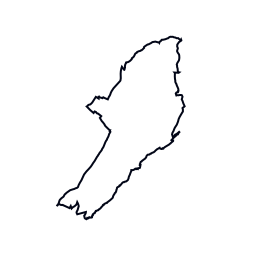 Poroina Mare, Mehedinti, Romania (Robinson projection), rotated 120°
{"feature_id": "2599482B87873666388407", "entity_name": "Poroina Mare", "entity_type": "district", "adm_level": 2, "iso_a3": "ROU", "parent_name": "Romania", "parent_adm1": "Mehedinti", "projection": "robinson", "projection_center": [22.974, 44.493], "detail": "fine", "context": "isolated", "style": "outline", "palette": "ink", "viewbox_px": 256, "rotation_deg": 120, "n_neighbors": 0, "source": "geoboundaries", "source_scale": "gbopen_adm2", "svg_char_len": 5792}
<svg xmlns="http://www.w3.org/2000/svg" viewBox="0 0 256 256"><g transform="rotate(120 128 128)"><path d="M130.0,174.5L131.4,169.6L132.2,165.3L131.1,165.3L130.3,165.1L130.3,164.0L130.2,163.8L130.5,163.2L130.8,161.9L130.5,161.2L130.8,159.0L130.9,158.3L131.1,157.1L133.3,157.4L133.5,156.9L133.9,156.4L135.2,154.0L135.6,152.6L136.7,150.0L136.9,149.7L137.2,149.5L137.6,148.6L138.4,145.6L139.0,143.1L139.3,142.5L139.2,142.4L139.7,142.3L139.6,142.0L139.9,141.5L140.2,141.3L142.7,141.3L144.8,140.8L146.1,140.7L147.6,140.7L148.7,140.4L149.7,140.6L151.7,140.5L156.6,139.8L159.5,139.9L160.3,139.7L164.2,140.2L165.5,140.1L166.1,140.3L167.1,140.2L168.3,140.4L173.2,140.4L176.2,140.7L177.5,140.7L180.1,140.9L183.1,141.5L186.5,142.3L190.2,142.8L196.7,142.2L199.1,142.3L201.9,142.2L204.2,141.8L205.3,142.2L206.6,143.4L207.5,143.9L208.6,145.0L210.8,147.0L215.0,148.9L216.3,149.2L216.8,149.5L217.5,149.6L219.6,149.5L220.4,149.8L222.0,150.5L224.3,151.1L225.3,151.0L227.9,150.4L229.5,150.4L230.6,150.7L231.2,150.6L228.2,149.9L228.3,148.1L227.8,146.8L227.4,146.4L227.2,145.6L227.2,145.4L227.3,145.4L227.2,144.7L226.6,138.6L225.9,138.6L224.2,138.6L225.9,136.6L224.0,136.1L222.6,135.2L221.3,134.8L220.6,134.5L219.3,134.5L217.6,134.9L218.5,133.5L219.6,132.3L220.3,131.6L224.4,130.6L226.0,130.6L227.1,130.2L228.1,128.8L221.8,122.5L222.7,122.1L224.5,121.9L225.8,122.1L226.1,121.9L227.6,120.5L227.8,120.0L227.7,119.5L227.8,119.2L227.8,118.5L227.5,118.4L227.3,118.4L227.1,118.6L226.8,118.2L226.2,118.3L226.1,117.7L226.4,117.5L225.9,117.1L225.7,117.2L225.5,117.4L224.9,117.1L225.1,116.8L224.5,116.3L224.4,115.8L224.1,115.3L223.9,115.0L223.7,115.0L223.6,114.6L223.4,114.5L223.1,114.6L222.5,115.0L222.2,115.0L221.9,115.1L221.8,114.9L221.0,114.8L220.7,115.2L220.3,115.3L220.0,115.2L219.7,115.0L219.2,114.9L218.7,114.7L218.5,114.3L217.7,114.2L217.5,114.4L215.9,114.4L215.6,113.8L215.0,113.6L214.4,113.2L214.0,112.6L212.9,112.5L212.3,112.1L211.6,111.8L210.3,111.5L209.7,111.5L208.9,111.2L207.5,111.0L207.2,110.8L207.0,111.1L206.8,111.0L206.6,110.6L205.4,110.5L204.5,109.7L203.5,109.2L203.4,108.8L203.1,108.7L202.9,108.7L202.6,108.7L199.5,107.4L196.4,106.4L195.7,106.4L194.5,106.8L193.8,106.8L193.1,106.9L192.7,106.8L192.2,106.7L191.5,106.9L190.7,106.8L190.2,106.5L189.5,106.5L189.1,106.7L188.2,106.7L187.5,107.1L187.1,107.1L186.0,107.3L185.4,107.6L184.9,107.6L184.5,107.5L183.6,106.8L183.0,106.5L182.2,106.7L181.8,106.6L181.6,106.4L181.6,106.0L178.4,105.5L177.6,105.2L176.8,104.5L176.8,104.3L176.4,104.1L176.5,104.1L176.2,104.0L176.1,103.8L175.5,103.3L175.1,102.8L173.4,102.2L173.0,102.1L171.0,102.4L170.5,102.7L170.1,102.8L168.5,103.0L167.8,103.0L165.7,103.4L163.3,103.7L162.9,104.1L162.5,103.7L162.3,103.1L161.4,102.1L159.5,101.3L159.1,100.5L159.4,100.2L159.2,100.0L158.6,99.9L158.6,98.9L158.4,98.9L158.2,98.9L157.8,99.1L156.6,97.8L155.7,98.0L153.8,98.7L154.1,99.2L153.4,99.4L153.3,99.7L152.6,99.7L151.5,100.0L150.9,100.0L150.2,99.5L149.3,99.4L148.5,99.0L147.5,98.6L146.3,98.0L144.4,97.6L143.4,97.9L142.6,97.9L141.3,97.6L141.0,97.1L140.6,96.7L140.2,96.1L139.1,95.8L138.7,95.5L138.6,95.4L138.6,95.2L137.4,94.7L137.0,94.3L136.1,93.6L134.8,93.1L133.7,92.9L132.5,92.4L132.0,92.3L130.9,91.6L129.4,90.8L129.8,90.4L129.7,90.0L129.5,89.6L129.4,89.4L129.6,89.1L129.5,88.6L129.1,88.0L128.7,87.8L128.2,87.8L128.1,87.2L127.8,87.3L127.6,87.2L127.3,87.0L126.0,86.5L121.7,84.1L120.6,83.8L120.2,83.5L119.2,83.3L116.8,82.4L116.6,82.5L117.0,82.9L116.8,83.3L116.9,83.6L116.8,84.3L113.2,83.5L111.1,82.7L109.4,82.3L109.1,82.1L108.6,81.6L106.5,81.7L105.9,81.5L105.8,81.8L107.9,82.5L109.3,83.2L109.9,83.7L110.7,84.0L111.5,83.9L112.0,84.0L113.5,84.5L112.0,86.1L111.6,86.6L109.9,87.1L107.7,87.1L106.2,87.4L104.3,87.6L100.9,87.4L100.0,87.5L97.4,87.9L94.9,88.6L92.6,88.8L88.4,88.8L86.3,88.7L84.4,89.8L83.6,90.7L83.3,90.8L81.8,90.1L80.9,89.8L79.0,92.4L77.3,94.3L76.3,95.8L73.7,96.4L72.7,97.7L72.7,97.9L72.9,98.5L73.4,99.4L73.7,99.9L74.2,100.4L74.5,100.8L75.1,102.1L75.6,102.4L75.3,102.8L74.2,103.9L73.1,103.8L72.7,103.6L72.5,103.0L72.1,102.6L71.7,102.7L71.3,103.0L70.9,103.2L70.5,102.9L68.9,104.1L67.6,105.8L66.8,107.0L66.5,107.2L66.0,107.9L65.7,108.1L65.3,108.9L64.5,110.0L64.1,110.3L63.6,110.5L62.9,111.1L61.8,112.0L60.0,113.2L56.9,114.9L56.7,115.4L54.9,111.8L54.2,111.5L54.3,111.8L54.3,112.6L54.0,113.2L51.9,114.6L51.2,115.3L50.6,116.0L49.4,116.7L48.7,117.5L46.9,117.8L44.2,117.7L43.6,117.8L42.5,118.2L41.4,118.7L39.7,119.8L38.8,120.6L37.9,122.5L37.2,123.6L36.9,123.9L36.5,124.1L35.7,124.3L34.2,124.6L33.8,124.9L32.9,126.1L31.8,126.7L31.2,127.0L30.7,127.0L28.1,126.8L25.7,125.6L25.4,125.6L24.8,126.3L25.1,126.3L25.4,126.5L25.5,127.2L25.4,128.3L25.1,129.3L25.1,129.5L25.9,130.7L26.0,132.3L26.5,133.6L26.6,134.8L27.0,135.5L27.5,136.2L27.7,136.8L28.6,137.6L30.3,138.2L30.6,138.6L32.4,140.0L33.7,141.4L34.2,142.0L34.6,142.8L34.9,143.0L35.5,142.9L36.6,143.2L37.0,143.5L37.6,143.7L38.6,143.5L38.4,143.9L38.4,144.2L38.8,144.8L39.5,147.5L41.4,149.8L43.1,150.6L44.7,151.7L45.2,151.9L45.9,152.8L46.7,153.2L49.4,154.5L50.0,154.6L50.6,154.1L52.8,154.7L53.9,155.1L54.0,155.4L54.3,155.6L55.2,156.0L56.0,156.9L57.6,158.1L58.3,158.0L59.7,158.8L60.7,158.9L61.8,158.7L63.4,158.7L65.0,159.2L65.5,159.5L65.8,159.5L66.2,159.2L67.1,159.3L68.6,159.7L70.1,160.4L71.0,161.0L72.1,162.4L72.3,162.4L72.5,162.4L72.9,162.1L73.9,162.2L75.0,162.0L75.4,161.7L75.8,161.7L77.2,160.8L77.9,160.7L78.5,160.5L78.9,160.5L79.1,160.3L80.3,160.2L79.6,160.4L79.5,160.6L78.9,161.8L78.0,163.9L79.5,163.6L82.2,162.7L84.5,161.6L88.6,159.1L90.7,158.3L91.1,158.3L100.8,160.4L104.2,160.6L106.0,160.5L108.0,160.1L109.5,160.0L109.8,160.1L110.8,160.1L113.3,159.8L113.7,162.9L113.8,164.8L114.9,165.0L115.7,168.4L115.3,168.8L115.6,169.1L117.2,168.2L117.1,171.4L123.7,171.7L124.7,171.9L126.4,172.4L127.2,173.3L128.0,173.9L129.3,174.1L130.0,174.5Z" fill="none" stroke="#020617" stroke-width="2"/></g></svg>